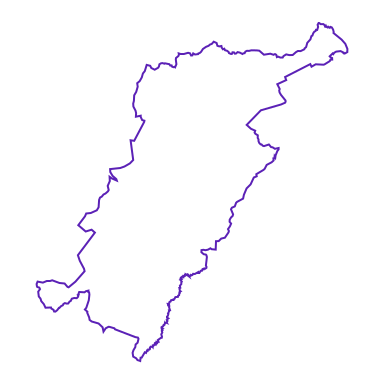 Ilala, Dar-Es-Salaam, United Republic of Tanzania (Mercator projection)
{"feature_id": "72390352B40584164885098", "entity_name": "Ilala", "entity_type": "district", "adm_level": 2, "iso_a3": "TZA", "parent_name": "United Republic of Tanzania", "parent_adm1": "Dar-Es-Salaam", "projection": "mercator", "projection_center": [39.169, -6.941], "detail": "fine", "context": "isolated", "style": "outline", "palette": "violet", "viewbox_px": 384, "rotation_deg": 0, "n_neighbors": 0, "source": "geoboundaries", "source_scale": "gbopen_adm2", "svg_char_len": 5894}
<svg xmlns="http://www.w3.org/2000/svg" viewBox="0 0 384 384"><path d="M326.0,26.1L325.7,26.8L325.2,26.8L324.5,25.1L323.4,24.1L320.5,24.1L319.4,23.1L318.6,23.0L317.6,24.8L318.1,26.9L317.2,29.9L316.0,29.8L315.6,31.0L314.3,31.7L313.2,33.3L312.4,35.6L311.4,36.1L310.4,39.4L307.3,42.8L306.1,47.1L304.6,48.4L304.3,49.3L300.6,51.1L297.9,51.0L296.0,52.1L292.7,55.0L289.3,55.1L286.2,54.4L283.5,56.1L282.7,57.5L280.2,57.5L278.0,56.6L276.9,57.1L276.3,54.9L275.4,54.2L274.5,54.2L273.6,54.8L270.3,53.7L263.9,54.7L259.3,50.7L256.9,50.4L251.4,50.3L249.0,50.9L247.0,50.8L245.4,51.6L244.6,53.2L243.4,53.3L242.5,54.0L239.8,52.6L237.6,52.1L235.9,53.6L234.7,53.6L234.0,52.4L232.5,52.3L232.0,53.8L231.1,54.0L229.0,53.1L228.7,52.1L227.1,50.8L225.0,50.2L224.3,48.7L222.9,49.3L221.7,47.6L221.4,46.0L219.3,46.4L217.4,45.8L216.6,43.0L213.7,41.7L211.8,43.9L209.9,44.6L208.6,45.8L206.1,46.8L202.9,49.0L201.1,51.8L199.6,53.1L198.4,53.4L198.1,54.1L195.0,54.5L193.2,53.4L192.4,55.4L191.1,55.5L190.0,53.3L188.1,52.8L183.9,54.0L180.6,54.0L178.7,53.4L178.9,54.7L178.4,56.0L176.0,58.0L175.8,59.5L176.4,64.2L175.1,67.3L174.5,66.8L173.5,67.2L172.1,66.7L171.6,65.4L170.3,65.6L169.3,64.2L164.9,63.3L164.4,63.7L162.5,63.1L161.0,63.3L159.4,64.3L159.0,66.3L158.2,67.7L154.7,69.7L151.3,68.0L150.2,65.8L146.7,64.9L144.8,71.1L142.9,73.5L141.8,77.4L139.7,81.1L137.2,83.2L137.7,86.7L136.2,91.9L134.2,95.3L133.9,100.9L133.2,103.6L133.4,106.6L135.5,110.6L136.1,113.1L135.9,116.7L140.7,115.7L140.7,117.0L142.2,120.1L144.4,120.7L144.2,121.9L134.2,140.8L130.6,140.3L133.2,160.0L129.9,163.4L124.5,166.5L120.3,168.0L110.1,169.1L110.3,172.1L112.6,175.9L116.3,179.1L116.8,180.6L111.8,178.4L109.6,176.8L109.8,181.1L107.7,185.9L108.7,190.0L107.9,191.4L105.5,193.5L103.5,194.5L101.8,196.6L100.0,197.6L99.1,199.9L98.6,207.3L96.8,210.3L90.8,213.0L86.2,213.5L85.0,216.3L78.3,225.2L85.7,231.5L91.6,229.7L94.9,232.6L77.9,255.2L79.8,260.8L84.0,268.7L84.6,271.2L75.4,281.7L68.6,287.3L67.5,286.9L64.6,283.5L59.5,283.0L52.2,280.3L50.1,281.0L46.8,281.0L42.9,282.6L37.6,281.6L36.6,284.0L36.9,286.1L37.3,287.0L39.3,287.6L40.0,289.1L38.2,291.7L38.8,296.5L40.5,298.6L41.3,301.2L43.8,304.1L45.5,307.7L51.0,307.5L51.4,308.6L53.5,309.8L54.1,311.5L55.4,311.6L57.2,310.2L58.9,307.9L59.3,308.0L61.1,306.1L62.8,305.3L63.4,304.0L64.9,303.1L66.7,303.6L68.2,303.5L69.6,301.5L70.7,301.0L71.8,298.7L74.2,298.0L76.7,298.2L77.9,297.0L78.3,295.9L77.8,295.0L78.7,294.5L78.5,293.8L79.2,292.0L84.5,292.3L86.0,291.2L88.4,290.6L88.3,292.0L89.1,292.3L89.4,294.6L88.8,300.2L86.3,307.8L84.9,309.5L87.4,311.7L87.2,312.7L89.2,317.5L89.6,319.9L91.7,321.5L98.6,323.5L102.6,327.3L103.5,331.6L105.7,328.3L108.5,326.8L109.6,326.9L114.4,328.3L115.0,329.3L135.3,337.1L137.9,337.6L138.5,338.8L137.6,342.7L135.6,344.5L135.3,347.1L133.5,350.1L132.6,352.8L133.2,356.6L136.2,358.3L137.5,360.1L140.2,361.0L140.6,357.7L141.7,357.6L144.8,352.3L146.0,352.9L147.0,350.5L147.7,350.8L148.1,349.5L149.4,349.6L150.0,348.9L149.9,347.7L150.6,346.7L151.7,346.9L152.3,346.5L152.7,347.0L152.8,345.5L153.5,345.7L153.9,345.0L154.5,344.9L154.7,343.9L155.0,344.2L155.3,343.5L155.8,344.1L156.1,343.0L156.3,343.5L156.8,342.4L157.3,342.9L157.9,341.8L158.5,341.8L157.9,340.0L161.0,337.8L161.7,337.8L162.0,336.8L161.3,334.3L162.3,332.5L161.8,331.0L162.6,330.2L162.5,329.5L161.9,329.8L161.8,328.5L162.3,328.3L161.5,327.9L161.5,327.2L163.3,326.0L163.6,325.0L164.4,324.9L164.9,323.0L165.1,323.4L166.2,322.6L166.7,322.8L166.5,322.5L167.3,321.5L166.8,320.0L167.5,319.8L167.4,318.7L168.2,318.3L167.0,317.5L167.0,316.6L167.8,315.9L168.4,313.9L168.0,313.5L169.2,311.0L169.0,310.3L170.0,310.2L169.1,307.4L169.3,306.2L168.1,305.5L168.0,304.8L168.4,304.7L168.0,304.0L168.9,304.1L168.7,303.4L169.4,302.8L169.6,301.8L170.6,301.5L171.2,300.1L173.4,300.0L173.3,299.4L174.5,298.9L175.4,297.1L177.9,296.9L178.1,295.7L179.1,295.2L179.4,292.6L179.8,292.7L179.9,291.7L180.6,291.3L179.9,290.8L179.5,288.9L180.0,288.2L179.6,288.4L179.4,287.9L180.3,287.7L179.9,285.7L181.3,284.1L181.3,282.3L181.8,281.7L180.7,280.3L181.5,279.5L180.8,279.4L181.4,278.9L180.8,278.6L181.2,278.2L180.9,277.6L182.1,276.7L183.3,277.1L183.3,276.6L184.2,276.3L183.9,275.9L184.8,275.9L184.9,274.8L185.7,274.8L185.7,274.4L186.4,274.9L187.3,274.2L188.0,274.5L188.3,274.8L187.8,275.6L188.4,275.9L189.0,275.6L188.6,276.1L189.1,276.5L188.9,276.0L190.4,275.9L190.9,274.9L191.7,275.3L192.5,274.9L193.1,273.8L194.8,274.0L198.0,272.2L198.0,273.0L199.3,273.0L200.7,270.8L202.0,270.7L202.3,269.6L203.4,269.4L203.1,268.9L204.4,268.4L205.3,268.7L206.4,267.9L206.5,266.8L205.9,265.6L206.9,257.0L206.4,255.2L205.9,254.6L203.7,254.2L201.4,252.2L201.5,250.1L203.3,249.8L205.4,250.2L207.9,249.7L210.4,248.3L211.6,249.2L215.7,249.6L216.0,241.2L218.7,241.1L221.2,238.6L224.9,237.7L228.5,232.4L228.9,231.0L228.0,229.1L229.9,226.4L231.1,223.6L229.6,221.8L229.7,219.7L231.0,217.5L232.6,216.0L233.1,214.4L231.0,209.3L231.4,208.5L231.9,207.7L234.8,206.4L236.1,202.8L237.0,201.9L243.1,198.6L243.9,194.8L246.6,188.4L250.6,184.4L253.8,177.5L256.7,176.3L256.3,174.2L263.5,169.9L264.7,168.8L266.7,164.9L271.6,162.3L273.6,160.5L273.4,158.4L274.4,158.3L274.6,156.3L275.3,157.5L275.6,155.4L277.3,151.1L278.6,149.4L278.6,148.0L274.9,148.8L272.6,147.3L271.1,147.1L268.9,144.5L264.0,146.1L262.7,145.7L261.5,144.4L260.6,144.4L259.2,142.9L258.5,141.1L258.5,139.4L257.7,137.9L257.8,135.3L255.4,133.8L254.6,132.6L255.2,130.7L251.0,128.8L246.7,124.9L260.9,110.3L281.0,104.5L285.1,102.7L285.6,101.7L285.5,100.5L281.0,94.9L279.6,92.5L279.2,90.5L279.7,89.0L277.3,84.2L286.2,80.1L285.1,77.0L310.3,64.1L311.5,66.7L315.7,64.3L323.6,64.7L324.5,64.4L329.8,61.1L330.4,59.7L332.2,59.6L332.1,58.0L330.8,57.5L329.7,56.3L332.7,53.4L333.3,54.1L334.3,52.7L336.2,51.6L340.6,51.1L343.4,52.5L343.2,52.8L344.0,53.5L344.8,53.5L347.3,52.1L347.4,48.9L345.3,43.8L341.6,39.6L333.5,33.0L333.7,32.0L333.1,29.6L331.8,27.4L330.5,26.9L329.8,27.8L328.2,26.7L327.7,27.5L326.3,26.8L326.0,26.1Z" fill="none" stroke="#5b21b6" stroke-width="2"/></svg>